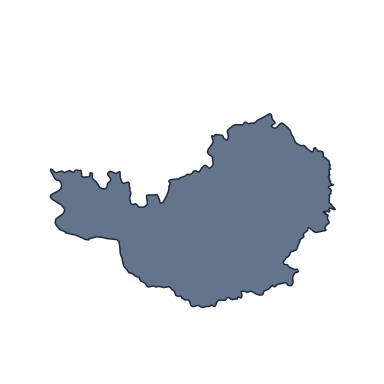 outline of Palestina, Caldas, Colombia, rotated 296°
{"feature_id": "7082276B25073710076057", "entity_name": "Palestina", "entity_type": "district", "adm_level": 2, "iso_a3": "COL", "parent_name": "Colombia", "parent_adm1": "Caldas", "projection": "orthographic", "projection_center": [-75.648, 5.066], "detail": "fine", "context": "isolated", "style": "filled", "palette": "slate", "viewbox_px": 384, "rotation_deg": 296, "n_neighbors": 0, "source": "geoboundaries", "source_scale": "gbopen_adm2", "svg_char_len": 6047}
<svg xmlns="http://www.w3.org/2000/svg" viewBox="0 0 384 384"><g transform="rotate(296 192 192)"><path d="M150.8,55.2L149.7,55.0L144.6,61.8L143.4,64.2L143.4,65.6L143.9,66.7L143.7,68.7L142.3,70.7L141.6,71.3L139.9,72.2L138.5,72.4L138.2,73.0L134.6,71.5L128.4,66.9L127.1,66.4L126.2,66.5L125.2,67.2L124.6,68.3L124.2,69.7L123.0,80.4L121.5,83.7L120.6,85.1L118.7,85.7L115.5,85.5L108.4,81.6L106.7,81.7L104.6,82.5L103.6,83.3L102.4,84.8L100.2,90.0L100.8,95.9L99.9,96.1L101.8,104.4L102.3,107.4L102.7,114.5L102.5,116.2L102.9,118.1L103.7,120.2L104.9,119.9L105.6,121.0L110.1,126.2L111.8,131.2L113.1,136.6L116.3,145.5L115.4,148.1L113.2,149.7L108.6,152.7L107.3,153.2L104.4,155.2L102.6,157.4L95.6,163.0L93.2,168.4L91.7,170.9L92.1,172.0L92.5,174.3L91.6,177.5L91.9,181.9L89.6,184.7L89.5,190.0L87.7,192.6L87.5,193.7L87.6,194.5L88.0,195.2L90.3,198.0L90.7,199.0L90.7,200.8L91.0,201.5L92.8,203.9L93.6,208.3L96.6,212.4L96.6,214.9L95.4,216.6L95.3,218.9L94.5,220.2L92.0,222.8L92.1,225.3L93.1,226.6L93.5,227.8L93.0,228.6L92.1,229.5L92.2,231.1L91.9,232.7L92.0,233.3L93.2,235.3L93.3,236.2L92.4,237.9L89.8,240.5L89.4,241.4L89.3,242.3L89.7,243.8L92.1,246.2L92.7,247.4L92.6,251.4L92.9,252.3L93.8,253.4L94.9,254.2L96.9,258.0L98.8,259.1L99.1,259.4L98.7,261.8L99.0,262.6L100.2,262.9L104.3,262.7L106.2,263.2L107.5,265.4L109.2,269.2L109.6,269.5L112.1,269.9L112.9,270.6L113.3,272.0L112.6,273.6L113.1,275.8L114.4,277.2L115.6,279.5L117.0,279.2L117.6,279.4L118.1,280.2L118.2,282.5L119.2,282.7L120.3,282.4L121.4,281.9L123.5,280.3L124.0,280.2L125.0,280.7L125.6,282.4L126.1,285.3L127.5,287.3L128.7,288.3L128.7,291.9L128.4,294.0L129.0,298.3L130.6,300.4L131.6,300.6L134.3,300.0L138.5,303.5L143.4,305.1L142.9,306.7L143.0,307.8L143.5,308.3L146.4,309.3L151.5,315.8L151.5,316.9L150.7,318.0L150.2,319.2L150.6,320.7L151.7,322.5L153.9,322.7L155.2,322.4L159.9,319.6L164.2,319.9L166.0,321.9L167.0,322.3L167.6,322.0L168.5,320.8L168.5,320.0L167.3,318.2L167.2,311.8L168.3,309.9L168.4,309.2L167.5,307.2L167.5,306.4L168.0,305.5L168.8,304.9L169.6,304.9L174.2,305.5L175.4,306.5L178.2,307.4L180.9,306.8L185.3,310.8L186.6,311.2L192.8,310.6L194.9,310.6L196.7,310.0L199.9,311.9L200.8,312.0L202.6,310.9L203.7,310.6L207.8,312.6L210.7,312.2L211.2,312.8L211.2,313.7L209.9,318.4L209.8,320.3L210.2,321.5L216.1,329.0L216.8,329.0L217.6,327.2L218.3,327.0L220.9,327.3L222.0,327.7L223.8,328.7L225.2,328.4L226.8,326.0L229.7,324.2L230.3,324.7L230.8,324.2L231.0,323.8L230.6,322.5L231.2,322.2L231.3,321.9L230.7,321.1L231.0,320.8L232.0,320.6L232.1,320.1L231.2,319.3L231.3,318.9L231.8,318.8L232.4,319.1L232.9,319.9L232.7,320.9L233.0,321.2L234.2,321.9L233.9,323.2L234.5,324.3L235.7,323.7L236.6,322.8L237.6,322.5L237.9,322.7L238.4,327.3L238.7,327.9L239.2,328.2L240.1,326.6L240.5,324.6L241.8,323.2L242.1,321.1L242.6,320.0L243.4,319.5L247.5,317.8L248.1,317.7L249.2,316.6L251.4,317.5L252.9,316.6L254.4,316.5L254.8,316.1L255.4,314.8L255.3,313.2L256.1,312.6L257.1,312.7L260.4,315.8L260.6,315.1L260.0,314.2L260.7,312.6L261.8,311.2L262.3,311.1L262.6,311.5L262.9,310.8L262.9,310.3L263.7,309.8L263.5,310.3L263.9,310.2L264.1,309.5L265.4,308.8L265.4,307.9L266.0,308.0L266.7,307.9L267.1,308.4L267.8,308.4L268.0,308.2L267.5,307.7L270.4,306.5L271.9,305.5L272.5,306.0L273.2,305.6L273.6,306.3L274.1,305.5L275.4,304.5L276.6,304.4L276.4,303.7L276.6,303.4L277.6,303.5L277.9,302.9L279.3,302.1L280.1,301.4L280.3,299.4L281.1,297.8L281.1,294.6L281.9,294.5L284.0,293.1L285.0,292.3L285.3,291.6L285.0,289.0L284.0,287.9L283.9,287.5L284.7,286.0L285.1,284.5L285.9,283.6L285.1,282.5L284.1,282.5L282.4,283.1L281.3,282.9L280.7,282.1L280.7,280.9L281.3,276.9L282.9,273.0L282.8,271.8L281.3,269.8L281.5,265.1L282.0,263.2L285.6,259.0L288.0,255.4L290.1,253.8L291.0,251.8L291.2,250.9L291.8,250.2L293.3,243.8L293.2,242.1L291.9,241.3L287.2,239.8L286.4,239.3L285.5,237.9L285.3,237.1L285.6,235.9L285.9,234.6L286.8,234.5L289.8,236.3L290.6,236.4L291.0,236.0L292.6,232.4L293.7,231.2L295.3,230.3L296.2,229.3L296.5,228.8L296.4,227.7L295.5,226.7L290.6,223.6L285.1,219.3L282.6,218.5L281.4,217.8L280.7,217.2L280.0,215.1L278.0,212.8L278.3,210.0L278.0,209.0L274.7,208.2L274.3,207.8L271.8,201.9L270.0,200.1L264.0,197.2L262.6,197.1L261.7,197.3L258.6,199.8L256.8,200.7L255.1,200.9L254.3,200.7L253.8,200.1L254.1,197.4L254.6,196.6L255.5,195.7L256.0,194.7L256.1,193.9L254.0,187.9L253.7,187.6L252.1,187.8L251.7,187.3L251.4,185.5L250.9,185.3L250.1,185.7L247.0,188.8L246.1,189.2L242.3,188.8L237.4,187.9L234.8,188.3L234.2,188.8L233.3,190.2L232.9,191.8L232.5,194.7L232.2,195.2L229.5,196.6L227.3,198.2L225.4,198.8L223.8,198.7L221.5,197.8L221.0,197.3L220.9,196.9L221.9,193.2L221.8,192.3L221.2,191.6L219.8,190.7L217.3,190.1L213.6,189.8L213.0,189.2L212.5,185.8L211.9,184.9L211.2,184.2L209.0,183.9L207.5,183.2L206.6,182.1L205.8,179.9L203.0,178.6L199.6,175.1L197.9,174.2L194.4,168.4L193.7,167.4L192.3,166.4L191.7,166.4L191.1,166.8L190.4,168.7L186.6,168.9L184.9,169.8L182.5,170.4L178.8,170.8L172.8,170.7L170.1,170.5L169.1,169.7L168.5,168.7L168.6,167.9L171.2,165.7L174.1,162.1L174.2,161.4L173.8,160.6L172.8,159.8L172.6,158.9L169.9,153.5L169.6,153.1L168.9,152.9L167.5,153.3L163.5,156.2L161.7,157.1L160.8,157.1L158.0,155.8L157.0,154.9L155.2,151.2L155.4,150.1L156.5,147.8L156.7,146.6L156.4,146.0L154.8,144.6L154.8,143.5L155.0,142.4L155.5,141.4L158.2,139.2L160.0,138.3L163.7,137.8L164.8,137.2L165.8,135.8L168.2,134.6L169.9,132.9L171.7,132.3L172.2,131.8L172.9,130.5L172.7,129.9L169.6,126.7L169.8,125.1L173.7,121.0L178.2,118.7L178.5,117.9L177.9,117.2L176.4,116.6L175.2,115.1L174.9,113.7L175.1,112.6L174.9,109.8L174.1,108.7L173.0,108.2L172.2,108.1L170.8,108.6L169.7,110.0L168.7,112.4L166.9,113.8L166.3,113.8L163.4,112.6L162.8,112.5L161.3,112.7L159.2,113.4L158.1,113.3L156.4,112.0L155.6,109.4L155.9,106.9L156.5,105.4L157.9,103.8L159.1,101.4L160.3,97.2L161.1,96.2L164.8,94.5L165.1,93.8L164.6,92.1L164.1,92.0L162.2,92.8L160.5,92.8L157.8,87.9L157.5,86.8L157.7,85.9L159.9,84.9L162.5,83.0L162.7,82.4L161.8,81.1L161.0,78.4L160.6,77.9L159.6,77.4L158.4,77.3L157.5,76.5L157.7,72.6L153.7,69.1L153.5,68.2L153.9,65.9L149.8,61.5L149.6,59.9L150.9,56.7L150.8,55.2Z" fill="#64748b" stroke="#1e293b" stroke-width="1.5"/></g></svg>